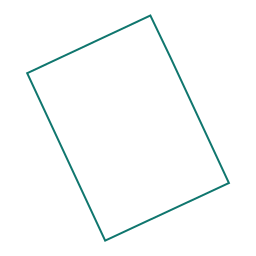 Watonwan, Minnesota, United States of America (Mercator projection), rotated 65°
{"feature_id": "52423323B41249813218909", "entity_name": "Watonwan", "entity_type": "district", "adm_level": 2, "iso_a3": "USA", "parent_name": "United States of America", "parent_adm1": "Minnesota", "projection": "mercator", "projection_center": [-94.66, 43.978], "detail": "fine", "context": "isolated", "style": "outline", "palette": "teal", "viewbox_px": 256, "rotation_deg": 65, "n_neighbors": 0, "source": "geoboundaries", "source_scale": "gbopen_adm2", "svg_char_len": 252}
<svg xmlns="http://www.w3.org/2000/svg" viewBox="0 0 256 256"><g transform="rotate(65 128 128)"><path d="M35.5,60.2L35.7,196.2L37.6,196.2L220.4,196.3L220.4,150.9L220.5,59.8L81.3,59.7L35.5,60.2Z" fill="none" stroke="#0f766e" stroke-width="2"/></g></svg>